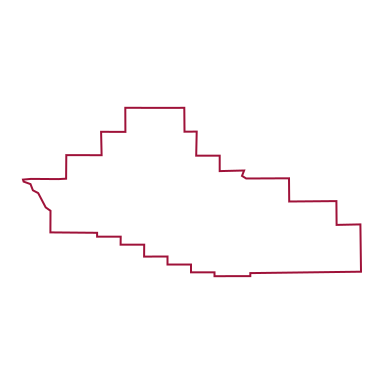 the district of Hot Springs, Wyoming, United States of America
{"feature_id": "52423323B29926314501901", "entity_name": "Hot Springs", "entity_type": "district", "adm_level": 2, "iso_a3": "USA", "parent_name": "United States of America", "parent_adm1": "Wyoming", "projection": "orthographic", "projection_center": [-108.577, 43.77], "detail": "fine", "context": "isolated", "style": "outline", "palette": "rose", "viewbox_px": 384, "rotation_deg": 0, "n_neighbors": 0, "source": "geoboundaries", "source_scale": "gbopen_adm2", "svg_char_len": 701}
<svg xmlns="http://www.w3.org/2000/svg" viewBox="0 0 384 384"><path d="M172.5,107.9L125.3,107.8L125.4,131.9L101.1,131.8L101.6,155.2L66.3,155.1L66.1,178.7L58.3,179.1L31.0,178.9L23.0,179.6L23.6,181.6L30.5,184.1L32.9,190.3L38.2,193.1L45.7,207.4L50.5,210.8L50.4,232.4L97.1,232.8L97.1,236.7L120.7,236.7L120.6,244.7L144.2,244.7L144.1,256.6L167.5,256.5L167.5,264.5L191.0,264.5L191.0,272.3L214.5,272.3L214.5,276.2L247.3,276.1L250.3,276.1L250.3,273.1L361.0,271.7L360.9,263.8L360.4,224.4L336.6,224.9L336.4,201.1L289.2,201.5L289.0,178.3L246.2,178.5L242.0,175.9L244.1,170.5L219.7,171.1L219.7,155.7L196.2,155.7L196.7,131.6L184.5,131.7L184.3,107.8L172.5,107.9Z" fill="none" stroke="#9f1239" stroke-width="2"/></svg>